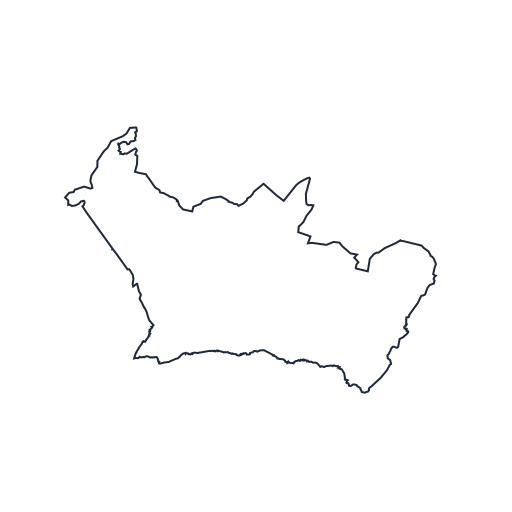 Asares pag., Aknistes, Latvia (Robinson projection), rotated 332°
{"feature_id": "27541924B18984780687847", "entity_name": "Asares pag.", "entity_type": "district", "adm_level": 2, "iso_a3": "LVA", "parent_name": "Latvia", "parent_adm1": "Aknistes", "projection": "robinson", "projection_center": [25.901, 56.138], "detail": "fine", "context": "isolated", "style": "outline", "palette": "slate", "viewbox_px": 512, "rotation_deg": 332, "n_neighbors": 0, "source": "geoboundaries", "source_scale": "gbopen_adm2", "svg_char_len": 6123}
<svg xmlns="http://www.w3.org/2000/svg" viewBox="0 0 512 512"><g transform="rotate(332 256 256)"><path d="M100.3,289.2L101.7,289.5L104.1,290.9L106.0,290.4L106.2,290.9L107.5,291.8L109.3,292.3L109.6,292.9L112.5,293.1L114.1,294.7L114.8,295.9L116.3,296.3L116.6,296.9L117.5,297.0L118.2,297.7L119.1,297.7L119.8,298.2L120.5,298.3L121.1,299.3L120.7,302.0L120.2,303.1L120.9,304.0L120.0,304.7L120.0,305.4L120.9,306.0L124.7,306.9L129.4,308.6L136.7,309.1L139.3,309.7L140.7,309.1L141.8,309.1L142.4,308.5L145.7,307.9L147.3,308.2L147.5,308.6L148.2,308.6L148.0,309.3L148.8,309.0L150.4,310.2L150.7,310.6L150.4,311.0L150.7,311.3L152.0,312.2L153.0,311.8L153.3,311.8L153.2,312.3L153.5,312.5L154.1,312.4L153.9,312.0L154.3,311.9L154.8,312.0L154.6,312.4L155.4,312.2L156.3,312.4L159.4,314.6L160.3,314.5L161.3,315.0L170.5,318.0L171.1,318.6L172.8,319.1L174.0,320.1L174.5,320.1L174.5,320.6L175.4,321.1L175.8,320.9L177.1,321.2L177.2,321.9L177.7,321.8L177.6,321.4L178.0,321.5L178.3,321.9L178.2,322.2L180.4,323.9L182.4,326.1L183.6,326.3L184.2,327.0L186.0,327.6L186.7,329.0L187.8,329.7L188.7,331.2L189.5,331.0L189.9,331.6L192.5,333.5L192.6,333.8L192.4,334.2L192.7,334.8L194.4,336.1L196.1,336.3L196.0,335.5L196.4,335.3L197.3,335.6L198.1,336.4L199.1,335.9L199.2,336.1L199.0,336.4L201.3,336.8L201.7,337.6L201.6,338.7L203.8,339.8L204.6,339.8L205.3,338.8L207.8,339.5L209.7,339.0L211.5,340.1L212.1,341.0L215.4,341.3L218.8,342.9L224.3,350.9L224.1,351.6L225.1,351.9L224.9,352.5L226.3,354.1L226.4,354.9L226.9,355.6L226.8,356.6L227.8,356.9L227.9,357.6L231.5,359.9L232.6,362.2L232.2,363.1L233.0,364.3L233.8,364.3L233.6,364.9L234.2,364.7L233.9,365.2L234.6,365.1L234.8,365.2L234.5,365.4L235.4,365.8L236.6,366.9L237.7,367.7L238.9,367.8L239.0,368.2L239.7,367.7L240.0,367.9L240.5,367.5L242.0,367.5L243.2,368.0L244.6,367.9L245.0,368.5L245.6,368.6L245.5,368.9L246.2,368.9L246.7,368.5L247.1,368.9L246.8,369.3L248.2,369.5L248.3,369.9L249.0,369.5L250.1,370.4L249.8,371.0L250.8,371.1L251.3,371.9L252.1,372.3L251.7,373.1L253.0,373.5L253.3,374.5L255.2,375.3L256.3,377.0L257.8,377.6L259.2,378.9L260.0,380.5L260.7,384.1L262.3,384.2L264.1,386.1L266.2,386.1L270.8,388.0L271.9,388.8L272.8,389.0L272.6,389.3L273.5,389.5L276.8,391.9L276.8,392.2L276.5,392.3L277.1,392.9L276.8,393.1L277.2,393.3L276.9,393.4L277.4,393.6L276.6,394.1L276.7,394.7L278.5,396.3L278.8,401.1L277.5,404.7L277.3,405.6L276.6,406.3L276.5,406.7L277.0,407.5L278.1,407.9L278.7,408.8L277.2,409.3L276.3,410.4L276.6,411.0L277.4,411.4L277.3,411.6L277.7,412.1L277.8,412.6L277.2,413.8L277.3,414.5L278.7,415.2L281.7,415.0L284.1,416.9L284.4,417.6L284.2,418.2L286.1,421.7L285.7,422.8L285.8,424.6L285.5,425.7L287.9,427.8L289.8,427.9L291.1,428.3L292.8,427.6L293.3,426.3L294.2,425.6L296.7,425.3L308.9,422.1L318.1,418.3L323.0,414.9L324.6,414.7L325.6,410.9L324.3,408.2L325.4,405.4L327.6,404.7L328.0,404.1L330.0,402.9L331.6,401.4L334.0,400.3L334.8,400.6L337.3,403.2L338.2,403.1L339.0,402.8L343.8,396.7L348.3,396.8L349.3,396.3L351.9,395.9L354.5,394.9L354.8,394.5L354.8,393.8L354.3,393.8L354.0,393.2L354.6,393.1L354.0,391.5L354.8,391.0L354.3,390.3L353.6,390.2L353.1,389.7L353.4,388.5L354.2,387.8L355.2,388.0L356.7,387.3L356.5,386.8L357.1,386.6L356.9,386.0L358.5,383.3L358.7,382.5L359.0,382.4L360.0,380.8L361.2,381.1L361.6,381.6L362.4,381.4L363.7,380.2L363.7,379.9L377.1,373.3L383.3,368.7L385.4,369.4L387.2,369.4L392.4,364.7L395.7,363.2L400.1,363.8L402.1,361.5L402.0,359.7L403.3,358.5L405.3,357.9L404.8,357.5L404.6,356.4L403.9,355.2L408.1,350.3L411.0,347.7L411.4,345.4L411.7,341.3L411.3,339.6L410.1,337.6L410.5,336.7L410.5,333.1L407.7,327.2L407.2,324.6L392.8,311.8L390.6,310.3L390.7,310.0L385.3,310.2L373.3,309.5L365.9,310.5L363.6,309.6L360.8,309.7L355.1,312.0L347.5,322.0L338.6,314.1L338.4,313.5L340.8,310.6L343.5,309.6L342.0,303.5L345.9,302.2L340.6,298.0L336.8,288.0L335.9,283.4L331.1,280.0L323.4,279.2L311.5,270.6L307.8,269.2L313.3,264.3L304.5,254.8L307.7,249.9L308.6,249.9L313.9,248.2L319.3,244.3L326.6,241.2L330.4,238.2L328.4,236.7L326.2,235.9L325.1,234.0L325.8,231.5L329.2,224.6L340.0,213.1L339.9,211.9L337.6,211.4L333.8,211.3L328.7,211.5L325.0,212.2L306.4,220.3L302.5,211.9L296.6,195.8L284.4,198.2L281.9,199.8L278.9,201.0L275.4,201.1L273.9,202.6L272.9,202.8L269.1,203.7L264.1,203.5L263.6,201.4L261.1,199.8L260.3,198.1L257.2,195.2L257.6,194.5L256.0,191.6L252.8,187.0L243.2,183.6L235.1,182.4L231.7,184.0L223.9,183.1L220.6,186.7L213.4,180.6L212.0,175.3L212.8,170.9L211.9,170.4L212.6,169.5L212.0,168.1L210.4,165.4L207.5,162.9L207.1,161.7L203.9,157.0L201.2,155.0L201.6,152.9L201.4,152.0L199.3,148.7L199.0,147.1L197.6,135.7L197.4,135.4L197.2,132.1L192.4,128.3L188.7,124.8L194.0,119.1L198.2,111.9L197.0,109.8L199.1,107.6L200.2,107.1L200.5,105.8L200.1,104.4L189.8,105.0L188.3,103.8L186.6,103.9L184.1,102.0L185.4,100.7L184.8,100.1L184.1,98.5L186.1,97.7L186.1,95.8L186.8,95.0L186.7,92.7L187.3,92.1L188.0,93.2L189.8,92.8L192.7,93.0L194.7,94.5L195.0,97.1L196.2,97.5L199.3,96.0L201.9,97.1L204.0,97.0L204.4,95.1L206.2,93.9L207.1,92.0L207.3,90.2L207.8,89.9L209.0,90.1L209.6,89.6L210.6,86.5L210.4,86.2L204.8,83.7L199.1,87.1L194.7,87.7L182.1,86.6L175.6,90.8L170.8,92.1L160.7,97.5L157.7,102.9L148.5,107.6L145.1,111.7L144.6,113.3L144.4,116.1L143.5,119.1L141.5,118.8L136.9,114.1L127.1,112.4L125.0,113.9L120.8,112.5L114.9,114.7L116.3,118.7L114.2,122.8L115.4,123.0L116.9,125.4L120.3,126.6L124.2,126.7L126.9,125.7L129.7,126.3L130.1,126.9L130.0,128.1L127.5,130.4L126.1,130.7L126.9,139.1L132.8,182.4L132.5,182.6L132.8,182.7L133.8,188.8L136.3,207.6L137.9,208.2L138.3,214.6L137.5,217.6L136.3,219.8L133.9,222.8L133.3,225.3L137.5,224.5L138.0,224.8L136.1,232.4L136.3,236.0L133.1,239.2L133.3,243.7L133.0,248.8L133.3,248.9L133.2,253.9L132.0,259.5L131.6,262.7L133.0,268.9L131.8,269.3L131.1,270.1L130.5,269.7L130.5,270.5L127.8,271.2L128.2,271.5L127.6,272.3L126.6,272.6L126.8,273.0L125.9,273.6L125.9,274.6L125.4,274.5L124.6,275.3L125.2,275.4L124.7,275.7L124.3,276.5L123.8,276.4L121.1,277.9L119.7,278.4L119.6,278.7L118.0,279.6L117.6,279.5L117.6,279.1L116.9,279.0L116.8,278.4L116.2,278.4L116.0,278.9L115.4,278.7L113.9,279.9L109.5,282.0L109.4,282.3L105.2,284.7L105.0,284.3L105.0,285.2L104.2,285.4L100.3,289.2Z" fill="none" stroke="#1e293b" stroke-width="2"/></g></svg>